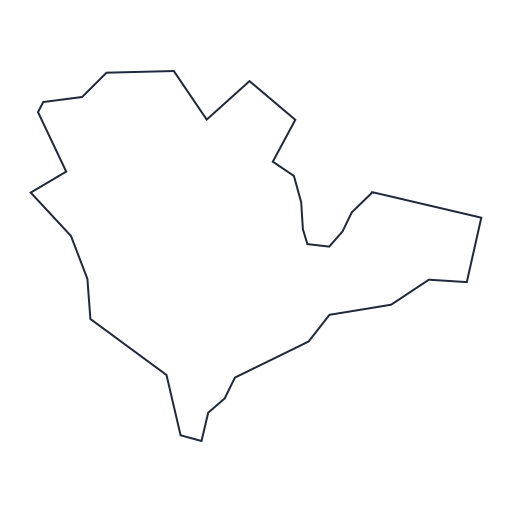 the border of Belfast
{"feature_id": "GBR-2082", "entity_name": "Belfast", "entity_type": "District", "adm_level": 1, "iso_a3": "GBR", "parent_name": "United Kingdom", "parent_adm1": "", "projection": "mercator", "projection_center": [-5.941, 54.602], "detail": "fine", "context": "isolated", "style": "outline", "palette": "slate", "viewbox_px": 512, "rotation_deg": 0, "n_neighbors": 0, "source": "natural_earth", "source_scale": "10m", "svg_char_len": 571}
<svg xmlns="http://www.w3.org/2000/svg" viewBox="0 0 512 512"><path d="M295.3,119.8L272.8,161.7L293.9,175.9L301.2,202.4L302.9,229.3L307.4,244.1L329.2,246.6L342.5,231.5L351.8,212.3L370.9,193.8L371.9,192.3L373.2,192.7L373.3,192.4L481.3,217.7L466.8,282.1L428.9,279.7L391.1,304.7L329.5,314.8L308.6,341.5L234.9,377.6L224.7,398.4L208.2,412.7L201.5,441.0L180.6,435.3L166.5,375.0L90.4,319.0L87.4,278.9L71.0,236.0L30.7,192.6L66.2,171.6L38.0,112.1L43.3,102.0L82.1,97.0L106.5,72.7L173.8,71.0L206.7,119.6L249.5,81.1L295.3,119.8Z" fill="none" stroke="#1e293b" stroke-width="2"/></svg>